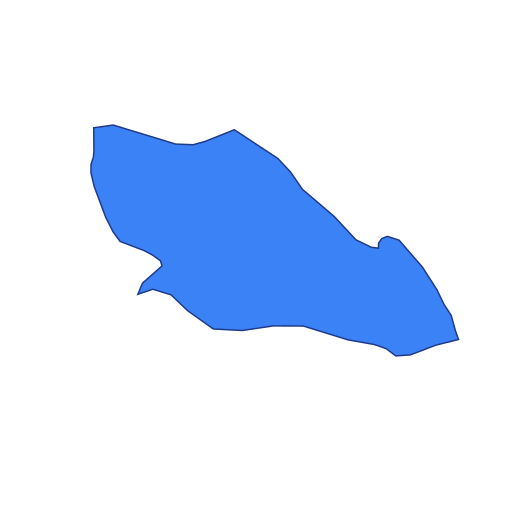 Bovec, Robinson projection, rotated 222°
{"feature_id": "SVN-1023", "entity_name": "Bovec", "entity_type": "Municipality", "adm_level": 1, "iso_a3": "SVN", "parent_name": "Slovenia", "parent_adm1": "", "projection": "robinson", "projection_center": [13.618, 46.371], "detail": "fine", "context": "isolated", "style": "filled", "palette": "blue", "viewbox_px": 512, "rotation_deg": 222, "n_neighbors": 0, "source": "natural_earth", "source_scale": "10m", "svg_char_len": 774}
<svg xmlns="http://www.w3.org/2000/svg" viewBox="0 0 512 512"><g transform="rotate(222 256 256)"><path d="M293.1,170.3L310.4,162.3L318.2,148.5L322.2,160.1L319.2,185.7L323.8,188.5L333.4,187.5L342.9,185.1L366.7,175.9L378.3,178.3L393.6,184.2L422.6,199.3L434.2,207.3L439.8,213.5L443.1,220.8L446.1,224.9L462.4,242.7L449.7,257.8L390.6,285.4L377.1,296.7L370.4,307.3L356.6,335.3L304.9,343.1L286.4,341.5L266.0,336.6L224.3,337.7L192.6,334.9L176.2,339.6L170.3,343.7L173.5,347.6L174.2,353.1L171.5,358.5L160.3,363.5L124.9,359.1L99.0,352.0L83.8,345.8L71.2,342.5L57.3,333.6L49.6,329.5L62.7,310.1L75.2,285.7L85.3,275.3L97.5,274.2L109.0,269.3L131.2,255.4L174.0,235.6L196.6,215.4L216.3,191.5L238.9,173.2L270.3,169.6L293.1,170.3Z" fill="#3b82f6" stroke="#1e3a8a" stroke-width="1.5"/></g></svg>